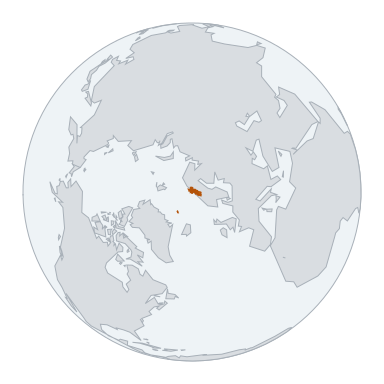 Nordland highlighted on a globe, orthographic projection, rotated 275°
{"feature_id": "NOR-75", "entity_name": "Nordland", "entity_type": "County", "adm_level": 1, "iso_a3": "NOR", "parent_name": "Norway", "parent_adm1": "", "projection": "orthographic", "projection_center": [13.986, 68.065], "detail": "fine", "context": "on_globe", "style": "filled", "palette": "amber", "viewbox_px": 384, "rotation_deg": 275, "n_neighbors": 0, "source": "natural_earth", "source_scale": "10m", "svg_char_len": 15823}
<svg xmlns="http://www.w3.org/2000/svg" viewBox="0 0 384 384"><g transform="rotate(275 192 192)"><circle cx="192" cy="192" r="169" fill="#eef3f6" stroke="#a8b0b8"/><path d="M23.3,182.1L23.5,184.7L24.9,177.0L25.4,172.6L25.0,170.9L27.9,155.2L30.9,147.1L49.7,103.5L53.7,98.0L57.1,95.3L80.0,75.3L62.4,87.8L68.1,81.6L75.8,75.3L75.3,76.8L85.6,70.9L93.0,65.6L106.4,61.8L117.6,66.5L112.9,68.3L116.2,69.4L122.2,67.3L125.5,65.7L144.8,68.2L165.4,64.7L170.6,59.9L170.5,64.0L179.5,52.8L189.9,49.5L178.9,55.6L178.4,58.0L185.8,56.8L186.8,59.1L191.0,59.9L191.6,62.8L185.2,66.4L185.4,68.4L190.7,67.5L194.5,70.0L186.8,71.0L192.8,75.5L183.1,82.8L162.0,84.0L157.3,91.2L137.4,101.0L139.9,102.9L134.0,108.0L134.6,112.1L130.8,113.0L134.7,115.5L138.1,114.0L140.9,114.7L141.7,117.0L136.8,118.4L135.8,117.5L134.7,119.1L132.0,118.9L133.7,120.3L127.8,121.9L134.7,123.8L130.8,128.0L126.6,128.1L125.8,123.5L113.9,113.0L109.4,112.0L103.9,115.1L96.0,130.4L91.5,131.4L86.4,136.1L89.4,137.6L94.5,134.5L98.8,138.6L104.6,134.5L107.2,135.6L113.6,133.4L113.9,138.8L110.8,145.2L105.5,147.4L103.9,150.4L110.0,152.5L101.2,160.8L97.2,173.9L94.8,175.6L88.1,171.1L85.4,160.2L76.8,155.2L83.7,163.7L77.5,168.1L77.0,171.1L78.1,174.0L81.0,174.4L79.1,177.1L71.6,169.5L73.2,166.9L75.6,169.3L74.2,164.3L69.2,159.6L66.4,162.4L61.6,152.9L59.6,154.8L57.4,154.0L61.0,151.4L54.5,155.9L48.5,146.7L39.6,154.3L46.9,142.3L48.7,135.7L50.0,128.5L48.5,129.5L52.3,119.0L52.3,112.3L47.1,114.0L41.6,121.2L37.9,132.2L39.1,133.3L37.8,140.9L33.6,141.0L30.4,155.9L27.7,159.0L26.1,165.4L25.7,171.9L25.0,180.3L26.2,182.8L27.5,189.8L25.6,193.7L27.8,194.9L27.4,201.4L31.0,217.9L30.3,217.5L33.0,235.8L38.9,252.7L40.3,258.9L39.3,258.8L42.0,264.4L42.1,265.5L55.5,287.2L64.6,299.9L65.8,303.2L61.1,298.9L61.2,299.0L53.6,288.9L46.8,278.4L40.8,267.3L35.6,255.9L31.3,244.1L27.8,232.0L25.3,219.7L23.7,207.2L23.1,194.6L23.3,182.1ZM37.1,155.7L33.6,174.8L33.2,166.1L33.7,167.2L35.1,161.9L36.8,153.1L37.1,145.8L37.1,155.7ZM174.1,24.0L175.1,23.9L173.9,24.0L174.1,24.0ZM41.0,159.3L41.4,156.3L41.3,159.0L41.0,159.3ZM126.7,64.6L122.2,67.0L116.4,68.2L120.0,65.9L126.7,64.6ZM138.0,63.3L136.2,64.9L132.8,63.3L134.9,62.8L138.0,63.3ZM174.1,56.1L170.3,57.2L173.7,55.4L174.1,56.1ZM191.5,59.5L192.3,58.5L194.1,59.4L191.5,59.5ZM112.9,130.7L113.2,132.0L111.9,131.7L112.9,130.7ZM115.4,128.5L113.7,127.2L114.6,126.0L115.7,126.8L115.4,128.5ZM196.7,64.7L199.4,66.5L195.5,65.3L196.7,64.7ZM117.4,130.5L116.5,124.0L118.2,121.9L123.6,123.4L117.4,130.5ZM200.3,67.9L207.0,72.4L209.3,70.5L206.7,78.5L201.8,71.9L196.7,70.7L200.0,69.9L200.3,67.9ZM138.9,112.5L135.2,114.3L137.6,110.7L138.9,112.5ZM139.7,110.1L142.8,98.5L148.5,97.2L146.3,101.3L153.2,98.1L154.4,103.1L150.9,106.0L147.0,105.8L150.4,107.9L139.7,110.1ZM204.1,82.3L204.8,84.0L202.9,82.9L204.1,82.3ZM142.3,114.7L142.4,112.4L147.3,111.1L148.0,115.4L146.2,114.4L142.3,114.7ZM154.4,94.8L158.1,94.7L160.2,98.7L161.9,99.3L154.9,103.1L154.4,94.8ZM145.4,115.9L148.2,117.7L146.5,120.5L142.5,116.8L145.4,115.9ZM148.4,108.9L150.7,108.6L149.6,110.2L148.4,108.9ZM142.1,131.5L142.2,128.7L144.7,127.7L142.1,131.5ZM149.3,118.2L149.9,117.2L150.9,116.6L152.4,118.3L149.3,118.2ZM156.8,105.8L156.9,107.5L159.8,104.4L161.5,107.4L156.5,109.5L159.3,109.8L159.8,110.8L155.2,111.4L156.8,105.8ZM156.9,118.1L151.1,122.0L150.5,127.4L148.1,128.3L149.6,119.5L156.9,118.1ZM156.3,114.1L156.1,116.8L153.3,116.6L151.7,114.6L156.3,114.1ZM164.4,108.7L163.1,103.6L164.3,103.3L164.4,108.7ZM157.3,119.7L158.6,118.8L157.5,120.1L157.3,119.7ZM162.8,112.1L162.2,110.3L163.5,110.0L162.8,112.1ZM161.9,118.4L160.0,119.6L158.9,118.3L161.9,118.4ZM162.8,115.6L164.7,115.7L159.6,117.1L162.3,114.8L162.8,115.6ZM164.1,112.2L164.7,111.4L164.2,113.0L164.1,112.2ZM167.4,122.9L161.2,125.0L158.6,122.0L165.0,120.3L167.4,122.9ZM190.3,361.0L185.4,360.1L191.0,358.4L189.8,356.4L176.7,349.3L179.7,344.7L175.9,342.2L168.3,342.0L163.8,338.7L159.1,337.9L129.0,332.1L119.3,324.7L106.3,305.0L111.4,301.2L111.3,293.2L145.3,274.7L153.6,278.7L181.5,277.9L185.2,279.3L183.1,286.9L205.0,295.0L210.7,288.3L229.4,289.6L241.0,286.0L243.2,270.8L224.0,276.5L219.5,270.2L234.0,259.5L250.5,254.1L249.3,251.5L237.9,249.0L240.7,241.9L233.8,247.5L237.3,249.6L233.1,253.2L229.6,251.6L230.8,249.1L225.5,249.3L221.4,261.4L224.6,264.8L211.4,269.5L215.4,275.6L212.1,279.3L204.2,270.3L204.2,266.4L190.3,256.2L189.0,260.6L202.1,270.7L198.5,270.2L196.9,276.6L195.2,271.3L181.3,259.5L168.7,261.3L154.3,275.1L146.6,274.7L139.4,269.6L143.0,254.1L159.8,256.8L161.3,251.6L156.5,242.7L162.0,244.4L162.1,241.1L168.3,241.6L175.6,234.4L181.7,233.9L183.3,223.7L186.6,222.2L184.8,228.6L186.7,232.9L201.7,231.4L204.2,228.9L204.0,222.5L208.2,223.0L206.1,217.0L214.0,212.9L202.6,213.0L202.0,205.7L206.1,199.4L203.8,197.1L197.2,207.5L196.4,211.7L199.1,215.2L195.1,227.0L190.3,229.1L186.6,217.1L179.3,219.0L179.6,209.0L197.3,186.6L205.3,181.3L221.5,187.2L220.4,192.4L214.0,192.8L221.1,198.9L220.0,195.3L223.4,195.8L223.8,189.3L226.2,189.4L222.4,183.1L225.4,182.5L227.8,186.5L231.0,176.6L236.9,173.7L236.5,171.4L234.3,169.9L243.3,167.4L242.6,165.8L239.3,166.0L235.7,163.2L232.8,157.2L236.1,156.7L237.6,158.8L245.7,162.4L249.1,168.2L250.2,167.4L248.0,162.3L238.1,157.8L235.5,154.4L240.4,155.7L238.4,155.0L238.1,153.1L240.9,150.8L235.6,149.0L228.0,130.1L232.7,124.0L237.9,127.2L236.0,114.1L241.4,108.7L238.4,108.9L235.5,103.0L233.7,104.6L232.1,104.2L223.8,90.3L224.4,86.8L217.4,81.3L215.8,81.5L215.0,83.7L206.7,78.5L209.3,70.5L212.7,70.6L212.0,65.7L219.8,66.7L226.0,65.4L235.0,69.6L239.1,68.4L238.3,66.6L243.4,63.8L256.3,64.4L249.1,71.6L230.4,73.1L238.3,73.0L237.5,75.4L240.9,76.9L246.4,76.8L246.5,75.3L260.3,88.0L275.5,93.7L272.1,87.0L274.2,83.8L288.5,85.5L311.1,103.5L314.2,100.2L317.2,101.3L320.8,106.9L316.5,105.4L316.3,109.4L313.3,107.8L317.7,116.6L313.6,114.7L319.0,122.6L321.6,121.6L319.3,114.4L325.7,122.3L328.8,117.8L333.8,120.2L344.4,137.8L348.2,151.7L349.4,153.5L348.5,157.1L350.9,165.8L355.6,163.1L356.8,165.3L359.0,179.4L358.4,178.2L356.0,187.7L358.2,194.7L360.1,188.7L360.9,189.9L360.6,196.0L359.5,195.5L358.6,198.7L356.9,193.5L352.5,191.4L352.0,200.2L350.2,197.3L344.1,199.0L342.3,211.5L340.8,235.2L343.7,243.7L341.8,252.4L332.0,251.0L326.4,245.0L323.6,250.4L312.9,251.3L296.6,267.1L293.6,266.0L290.7,270.2L283.0,272.4L278.1,269.8L273.8,273.0L286.6,279.4L291.2,275.7L294.0,267.7L296.8,270.8L304.1,269.1L298.5,285.8L273.2,311.3L269.6,305.5L244.6,291.7L244.7,288.6L244.5,288.3L244.2,287.8L243.0,293.2L238.3,289.5L252.9,302.2L255.8,308.1L272.8,311.9L271.5,313.7L276.7,313.2L291.7,301.1L292.1,303.3L285.6,317.3L263.7,338.5L266.0,341.6L263.4,344.7L248.5,351.2L237.2,354.8L225.7,357.6L214.0,359.5L202.2,360.7L190.3,361.0ZM135.0,288.2L134.4,290.8L135.0,288.2ZM269.2,255.0L278.4,249.6L272.3,242.9L275.3,240.3L272.1,239.1L271.8,242.4L263.7,238.3L266.9,232.8L264.8,229.2L261.6,230.9L257.0,241.6L268.5,247.5L267.3,252.6L269.2,255.0ZM31.2,218.3L31.4,221.1L30.6,218.4L31.2,218.3ZM31.8,166.3L31.7,169.8L31.2,172.1L31.1,169.7L31.8,166.3ZM33.7,195.0L34.2,199.2L33.2,195.4L33.7,195.0ZM33.3,177.8L33.3,191.7L31.5,184.9L31.7,176.2L32.3,181.3L33.3,177.8ZM38.5,159.8L38.1,162.2L37.4,162.2L38.5,159.8ZM40.9,161.3L40.9,160.6L41.6,159.0L40.9,161.3ZM78.0,168.5L78.5,169.2L79.0,172.4L77.6,171.4L78.0,168.5ZM88.4,184.0L85.2,188.0L86.5,184.4L83.9,183.6L83.4,175.2L93.5,176.0L89.0,177.1L88.4,184.0ZM85.6,164.4L84.8,169.5L85.3,163.9L85.6,164.4ZM156.5,223.5L159.1,226.2L157.3,229.8L149.6,230.9L152.0,225.6L156.5,223.5ZM163.1,229.1L161.6,217.1L166.3,216.1L163.9,218.7L167.2,219.2L164.2,223.5L170.2,234.5L169.1,238.4L155.4,238.0L160.5,235.9L157.7,233.4L163.1,229.1ZM149.3,190.0L148.7,185.3L159.8,189.2L159.1,193.2L151.3,194.4L147.6,190.4L149.3,190.0ZM127.2,134.5L126.3,132.8L127.6,132.4L129.5,133.5L127.2,134.5ZM141.9,130.3L132.7,141.8L131.2,140.3L127.6,149.0L122.2,148.7L124.6,143.0L117.8,149.4L117.9,144.1L113.7,148.9L119.8,136.3L119.5,132.0L121.9,136.9L126.9,137.3L129.0,136.2L134.8,129.9L136.7,121.0L142.0,120.2L145.2,121.9L145.6,123.9L142.0,123.8L145.0,126.6L140.1,128.0L141.9,130.3ZM179.8,145.7L175.5,144.3L180.7,150.9L175.9,152.0L176.8,152.7L173.7,155.5L171.6,160.3L169.2,160.0L169.4,162.0L167.4,164.0L166.9,166.7L162.4,167.2L161.4,170.6L159.9,168.9L159.3,174.6L157.8,170.7L155.0,173.0L158.0,175.6L135.4,173.0L127.1,175.3L121.1,179.4L119.2,172.4L123.6,164.2L131.3,156.6L139.5,155.6L137.2,152.7L140.4,151.4L140.9,154.2L142.1,149.1L144.9,148.8L151.7,142.6L151.6,135.7L154.1,133.3L155.6,135.9L157.0,131.8L161.4,135.1L163.3,133.6L169.5,135.4L171.1,141.4L173.1,139.2L177.9,140.6L179.8,145.7ZM169.1,123.6L172.1,130.3L171.0,134.3L160.7,129.5L158.4,130.5L151.8,127.7L153.6,122.1L155.3,123.4L157.4,123.3L156.0,125.1L158.7,123.6L161.2,125.4L163.9,124.8L164.2,127.1L169.1,123.6ZM188.7,276.3L191.4,276.6L195.6,276.0L194.6,280.1L188.7,276.3ZM179.0,268.4L181.4,267.9L182.1,273.3L179.3,273.1L179.0,268.4ZM182.1,263.2L181.5,267.5L180.1,265.0L182.1,263.2ZM186.9,227.8L189.3,227.0L189.8,228.4L188.8,230.7L186.9,227.8ZM194.1,166.3L191.9,164.7L192.4,163.6L190.1,158.0L193.5,156.9L196.3,159.8L194.1,166.3ZM240.3,274.4L237.3,278.2L235.3,277.5L236.8,276.3L240.3,274.4ZM215.1,280.6L221.2,281.3L214.8,281.7L215.1,280.6ZM197.4,164.1L196.1,161.9L198.6,162.7L197.4,164.1ZM195.9,155.8L198.8,156.2L193.7,156.1L195.9,155.8ZM271.4,341.1L274.2,339.3L282.8,334.1L287.3,330.4L289.0,330.2L285.3,332.9L271.4,341.1ZM360.6,203.4L358.3,209.6L359.2,203.9L361.0,192.3L361.0,192.8L360.6,203.4ZM358.3,162.2L355.3,149.0L354.6,146.2L358.3,162.2ZM344.3,243.6L347.3,244.1L345.9,247.9L344.3,243.6ZM351.9,138.7L354.8,147.4L351.6,138.4L351.9,138.7ZM349.0,132.3L349.7,133.2L349.7,134.4L349.0,132.3ZM351.1,155.4L351.7,159.9L350.9,159.1L349.6,152.9L351.1,155.4ZM337.7,122.4L340.8,124.8L342.0,126.5L340.8,126.9L337.7,122.4ZM224.6,152.5L224.0,161.5L225.9,167.4L230.4,169.9L223.7,170.4L220.9,161.2L224.6,152.5ZM227.2,132.9L223.2,130.9L225.1,129.4L226.2,129.6L227.2,132.9ZM224.8,133.4L219.6,135.6L217.4,133.0L221.9,131.7L224.8,133.4ZM208.6,149.8L208.2,152.5L206.2,151.7L208.6,149.8ZM349.6,131.1L349.7,131.3L351.5,136.2L347.0,124.9L347.0,124.7L349.6,131.1ZM348.2,128.0L350.0,132.6L347.6,126.9L348.2,128.0ZM350.0,132.9L349.3,131.9L348.4,129.0L350.0,132.9ZM347.5,126.1L345.7,122.9L346.0,122.8L347.5,126.1ZM347.5,130.0L346.9,125.7L349.2,133.3L345.4,129.2L344.2,125.4L347.5,130.0ZM316.3,93.9L314.5,93.8L312.3,90.4L314.2,91.4L316.3,93.9ZM303.4,79.9L311.1,89.5L317.0,97.7L316.9,95.9L321.3,99.1L319.5,101.1L312.8,94.2L309.0,88.3L305.0,86.3L300.2,81.6L296.0,81.1L292.7,78.9L295.3,77.5L303.4,79.9ZM294.3,81.3L285.3,79.4L282.7,73.9L284.1,73.0L289.3,76.2L290.4,78.9L294.3,81.3ZM282.3,77.4L283.2,80.1L271.9,84.1L268.9,83.7L276.1,77.3L277.4,79.6L280.6,79.6L282.3,77.4ZM206.4,83.3L204.9,83.9L205.4,82.4L206.4,83.3ZM231.2,105.2L229.0,104.5L229.6,102.7L231.2,105.2ZM223.2,101.6L224.1,104.1L221.8,101.6L223.2,101.6ZM226.2,109.8L223.7,105.2L228.1,109.3L226.2,109.8Z" fill="#d9dde1" stroke="#a8b0b8" stroke-width="1"/><path d="M196.5,190.5L196.5,190.9L196.6,191.4L196.3,192.1L195.7,191.8L195.1,192.4L194.8,193.4L194.5,193.6L194.4,193.9L194.8,194.5L194.8,194.9L194.4,195.4L193.7,196.6L193.8,197.3L193.3,197.6L192.7,197.7L192.8,198.7L192.7,199.0L192.7,200.1L192.5,200.3L192.4,200.7L191.0,200.7L190.5,201.2L189.8,201.0L189.8,200.9L190.3,200.6L190.7,200.1L190.2,200.6L190.2,200.4L190.4,200.3L189.8,200.3L190.2,199.9L190.4,200.0L190.2,199.7L190.4,199.9L190.3,199.7L190.5,199.7L190.3,199.7L190.3,199.3L190.2,199.5L190.2,199.3L190.1,199.5L190.0,199.2L190.2,198.9L190.4,199.0L190.5,199.1L190.3,198.8L190.5,198.7L190.3,198.6L190.4,198.3L190.6,198.2L191.0,198.5L191.0,198.2L190.7,198.1L190.9,197.8L190.4,197.9L191.5,197.4L191.4,197.5L191.5,197.5L191.5,197.8L191.8,197.7L191.6,197.5L192.2,197.2L191.6,197.4L191.5,197.2L190.9,197.6L191.0,197.3L191.5,197.2L191.2,197.0L190.9,197.1L191.0,196.9L191.0,196.7L190.8,196.5L191.0,196.5L191.3,196.7L191.2,196.7L191.6,196.6L191.4,196.4L191.7,196.3L191.1,196.5L191.1,196.3L191.3,196.2L191.0,196.2L191.5,196.2L191.1,196.0L191.7,196.0L191.9,195.9L191.5,196.0L191.5,195.9L191.4,195.8L192.0,195.8L191.7,195.6L191.5,195.4L192.0,195.2L191.9,195.3L192.0,195.4L192.1,195.0L192.3,195.2L192.7,195.1L192.3,194.9L192.4,194.7L192.5,194.6L192.5,194.8L192.9,194.8L192.6,194.6L193.1,194.5L193.2,194.8L193.1,194.7L193.3,194.5L193.6,194.7L193.6,194.8L193.6,194.5L194.0,194.6L193.2,194.4L193.3,194.2L192.8,194.5L192.7,194.5L192.8,194.3L192.4,194.4L192.7,193.9L193.0,194.0L193.2,193.8L192.9,193.8L192.8,193.7L193.2,193.4L193.3,193.5L193.2,193.5L193.4,193.6L193.3,193.9L193.6,193.7L193.9,194.3L193.9,194.2L193.7,193.7L194.2,193.5L193.4,193.6L193.4,193.4L193.7,193.4L193.3,193.3L193.5,193.1L193.9,193.1L193.6,193.0L193.8,192.9L194.0,193.1L193.8,192.9L193.6,192.8L193.6,192.6L193.3,193.0L193.0,193.2L192.8,193.2L193.0,193.1L192.9,193.0L193.3,192.9L192.9,192.7L193.2,192.6L193.4,192.6L193.7,192.4L193.7,192.5L194.0,192.3L194.1,192.5L194.3,192.1L194.1,192.1L193.8,192.1L193.7,192.0L193.4,192.1L193.8,191.7L193.9,191.9L193.8,192.0L194.0,191.9L194.2,191.4L194.3,191.7L194.3,192.1L194.5,192.5L194.8,192.7L194.5,192.5L194.5,192.2L194.8,192.4L194.6,192.1L194.8,192.2L194.6,192.0L195.0,191.9L194.5,191.9L194.9,191.6L194.7,191.5L194.4,191.5L194.6,191.4L194.3,191.3L194.5,191.2L195.1,191.7L194.8,191.3L194.4,191.1L194.9,190.9L195.1,191.0L195.4,191.0L195.7,191.3L195.7,191.6L195.8,191.4L195.5,191.1L195.5,190.9L196.2,190.9L195.8,190.8L195.8,190.5L195.3,190.8L195.4,190.7L195.2,190.6L194.7,190.8L194.7,190.6L196.4,190.2L196.5,190.5ZM194.7,190.4L194.3,190.6L194.1,191.1L194.0,190.7L193.9,190.9L194.0,191.0L193.9,190.9L193.8,191.3L193.5,191.1L193.8,190.8L193.7,190.7L193.6,190.9L193.2,191.4L193.3,190.9L193.5,190.8L193.4,190.8L193.5,190.7L193.3,190.6L193.8,190.4L193.6,190.0L193.8,190.1L193.6,190.0L193.6,189.8L193.8,189.7L193.7,189.6L193.8,189.3L194.0,189.3L193.9,190.0L193.8,190.3L193.8,190.8L194.1,190.4L194.7,190.4ZM192.4,190.2L192.6,190.0L192.5,189.8L192.6,190.0L192.7,189.7L192.7,190.0L193.0,189.9L193.0,189.6L193.1,189.8L193.1,189.7L193.2,189.8L193.1,189.3L193.2,189.2L193.3,189.5L193.5,189.7L193.4,189.8L193.5,190.0L193.2,190.5L192.9,190.4L193.3,190.1L193.2,190.0L193.1,189.9L193.2,190.0L192.9,190.2L192.7,190.1L192.6,190.4L192.4,190.2ZM171.6,179.2L171.4,179.5L170.8,179.5L170.3,179.8L170.3,179.6L171.0,179.4L171.3,179.1L171.6,179.2ZM193.3,190.8L192.8,191.4L192.9,191.2L192.7,191.5L192.2,191.7L192.4,191.5L192.4,191.4L192.6,191.3L192.4,191.1L192.7,191.1L192.7,190.9L192.8,191.1L192.8,190.9L192.9,191.0L193.0,190.9L193.3,190.8ZM193.6,189.5L193.5,189.3L193.7,188.9L194.1,188.4L194.3,188.3L194.2,188.8L194.0,189.1L193.6,189.2L193.6,189.5ZM192.0,191.4L192.1,191.7L191.8,191.7L191.8,191.8L191.7,191.8L191.7,192.0L191.6,191.8L191.5,192.1L191.4,192.0L191.6,191.7L191.4,191.8L191.5,191.7L191.4,191.6L191.6,191.5L191.6,191.3L191.8,191.4L192.0,191.2L192.0,191.4ZM189.9,199.3L190.2,199.8L189.6,200.3L189.7,199.9L189.8,199.9L190.0,199.6L189.8,199.6L189.9,199.3ZM191.0,191.9L191.0,192.1L191.0,192.4L190.9,192.3L191.0,192.4L190.9,192.5L190.7,192.7L191.0,191.9ZM194.4,190.6L194.7,190.8L194.3,191.0L194.4,190.6ZM190.2,198.1L190.7,198.0L190.1,198.4L190.2,198.1ZM189.8,200.6L189.7,200.8L189.5,200.7L189.8,200.4L189.9,200.5L189.8,200.6ZM193.0,190.7L192.7,190.5L193.1,190.5L193.0,190.7ZM190.4,197.8L190.0,198.0L190.3,197.6L190.1,197.6L190.3,197.4L190.4,197.6L190.4,197.8ZM191.2,191.8L191.4,191.8L191.3,192.2L191.1,192.2L191.2,191.9L191.3,192.0L191.2,191.8ZM189.6,199.0L189.5,199.3L189.3,199.2L189.4,198.9L189.6,199.0ZM192.3,194.7L192.2,195.1L192.0,194.9L192.3,194.7ZM193.4,192.3L193.1,192.4L193.2,192.2L193.3,192.3L193.4,192.3ZM194.1,192.1L193.7,192.2L193.8,192.1L194.1,192.1ZM192.1,191.3L192.3,191.4L192.2,191.5L192.1,191.3ZM190.7,197.2L190.6,197.4L190.6,197.2L190.7,197.2ZM190.8,196.7L190.7,197.0L190.6,196.9L190.8,196.7ZM193.1,191.4L192.9,191.5L193.0,191.3L193.1,191.4ZM193.1,189.5L192.9,189.6L193.0,189.4L193.1,189.5ZM192.4,193.8L192.4,194.0L192.4,193.8ZM193.3,192.3L193.4,192.1L193.3,192.3ZM189.6,200.8L189.7,201.0L189.6,200.8Z" fill="#f59e0b" stroke="#b45309" stroke-width="1.5"/></g></svg>